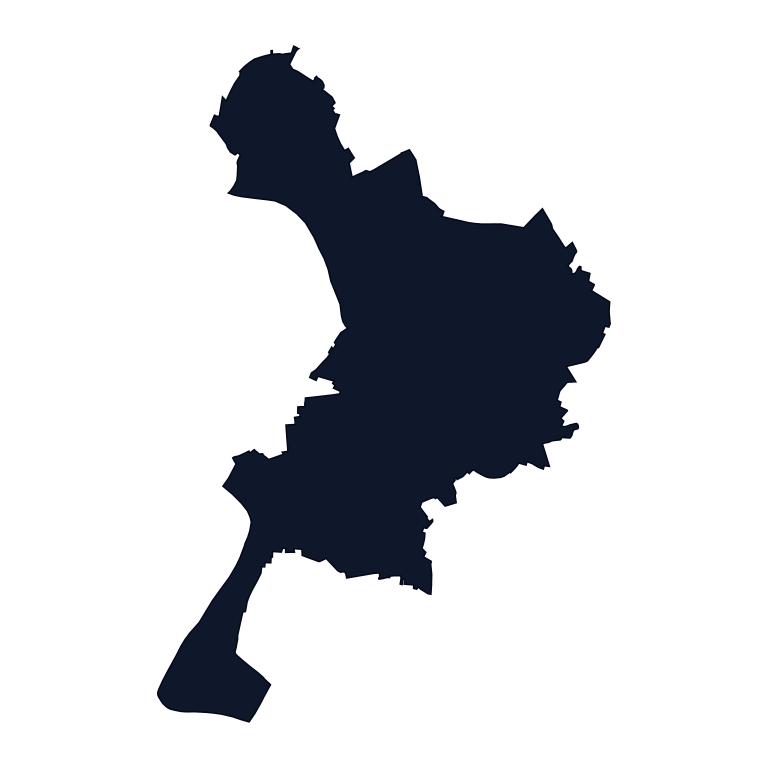 the district of Gia Lam, Ha Noi, Vietnam
{"feature_id": "81297802B60728672974675", "entity_name": "Gia Lam", "entity_type": "district", "adm_level": 2, "iso_a3": "VNM", "parent_name": "Vietnam", "parent_adm1": "Ha Noi", "projection": "albers", "projection_center": [105.948, 21.024], "detail": "fine", "context": "isolated", "style": "filled", "palette": "ink", "viewbox_px": 768, "rotation_deg": 0, "n_neighbors": 0, "source": "geoboundaries", "source_scale": "gbopen_adm2", "svg_char_len": 6080}
<svg xmlns="http://www.w3.org/2000/svg" viewBox="0 0 768 768"><path d="M228.3,193.0L234.6,195.2L241.8,196.6L255.8,198.4L266.5,199.6L275.0,200.8L286.0,205.5L297.0,213.9L305.5,222.8L314.2,237.5L319.0,248.4L324.2,258.5L328.2,269.3L330.9,281.2L340.1,304.1L341.5,315.7L342.8,321.3L345.4,325.9L347.7,328.1L340.9,332.6L336.0,339.8L334.5,342.4L335.9,344.7L333.1,349.1L331.7,347.1L328.7,352.3L329.2,353.3L329.6,354.5L327.0,358.0L322.6,362.4L316.4,369.4L315.5,370.2L312.0,372.5L311.4,373.0L309.7,377.5L316.1,380.4L317.9,376.3L334.2,381.1L332.6,383.4L335.0,385.4L333.5,388.2L340.2,391.2L339.9,393.9L332.3,395.0L309.6,397.6L305.4,398.0L305.4,399.1L305.2,401.2L304.8,403.5L304.9,406.7L300.3,406.7L297.8,407.0L297.8,413.2L299.9,413.7L300.0,416.6L294.5,417.4L294.9,419.7L295.2,422.8L295.0,424.5L286.0,425.0L286.6,434.1L287.9,451.3L282.2,452.2L283.5,454.3L269.3,459.3L268.5,459.4L265.9,457.2L264.5,456.3L263.3,455.0L262.6,453.8L258.7,454.0L258.3,453.1L255.3,450.7L254.2,449.6L250.0,453.0L248.9,451.1L245.8,452.7L238.9,455.9L234.4,456.9L232.7,457.8L234.0,460.6L236.1,463.9L228.6,478.2L222.9,486.2L232.4,494.1L241.5,503.3L247.6,511.1L250.3,517.5L251.3,522.2L249.9,530.5L247.9,537.1L245.2,543.2L244.5,545.8L239.8,558.3L236.1,565.9L229.3,577.5L220.9,588.9L212.3,600.9L199.3,622.4L189.8,633.1L184.8,639.9L181.0,646.2L176.5,655.1L167.4,671.7L162.3,681.5L159.0,688.9L158.0,691.5L157.8,693.3L157.8,694.5L158.6,696.9L162.1,702.5L164.0,704.6L166.7,707.1L170.0,709.0L174.8,710.2L180.8,711.4L186.5,711.8L194.9,711.7L206.3,712.3L213.4,713.0L221.4,714.1L232.6,716.7L241.1,719.6L249.1,721.9L255.1,713.0L261.5,701.6L263.6,697.3L270.5,684.7L264.6,679.2L262.9,677.1L258.1,672.9L249.9,666.5L243.1,660.9L236.2,654.8L235.1,653.0L235.1,651.5L236.1,647.4L237.6,639.3L237.6,635.4L242.8,612.0L245.4,611.6L247.1,601.9L247.8,600.0L247.8,599.7L248.8,597.4L249.1,596.3L252.1,590.1L257.4,580.4L261.0,573.0L261.6,566.8L264.7,566.9L265.1,562.6L270.8,562.8L271.1,557.1L272.4,557.1L272.6,551.5L281.4,552.1L282.5,548.3L285.8,548.5L285.6,552.4L291.5,552.2L294.5,552.3L293.8,548.8L294.5,548.7L301.9,549.3L302.2,555.4L318.3,561.4L319.7,561.5L326.1,558.4L337.9,570.9L340.9,572.3L342.2,571.8L342.9,571.8L344.7,572.1L345.8,573.7L346.7,578.0L374.1,573.3L379.1,572.9L380.0,576.7L378.9,577.6L378.8,578.5L379.0,579.2L384.1,578.3L385.9,577.7L387.9,577.5L389.6,577.6L389.8,576.5L390.3,576.1L394.5,575.7L398.6,575.7L400.4,575.8L401.0,577.4L401.1,578.1L400.2,584.1L402.1,584.6L403.3,578.9L405.2,579.2L404.2,584.2L413.6,584.9L413.6,588.4L416.6,589.2L417.8,587.8L418.9,587.3L420.4,589.0L428.0,593.7L430.9,594.3L431.5,584.7L431.5,581.8L431.7,574.5L430.7,564.3L431.3,561.4L423.6,556.9L425.8,552.4L422.9,549.4L422.0,548.3L423.3,544.0L424.2,540.2L424.6,537.5L424.9,533.1L422.0,532.4L423.6,527.8L426.8,528.3L431.5,523.1L432.7,521.4L432.5,519.5L429.1,521.6L426.6,517.7L427.3,516.9L420.1,507.3L421.7,502.2L430.7,498.4L434.4,497.4L435.3,498.6L437.3,497.4L445.1,506.1L456.2,502.7L455.2,495.8L455.9,492.6L454.9,489.6L452.5,483.5L455.1,480.2L454.9,478.1L456.3,477.4L457.1,479.5L462.4,476.8L463.4,476.0L467.2,471.9L469.3,473.6L470.2,472.5L472.6,470.2L473.9,470.0L476.9,472.1L483.7,475.8L486.8,477.1L489.8,477.8L494.5,478.0L500.8,477.3L504.2,476.1L510.0,472.0L510.6,472.7L515.3,467.9L517.6,465.0L518.6,463.0L526.1,465.1L526.9,461.7L532.0,463.5L538.4,467.3L543.3,469.1L544.3,465.7L549.4,466.4L542.4,443.7L544.8,443.0L549.0,442.2L551.4,440.9L556.5,440.2L560.2,439.9L561.3,438.8L561.6,437.7L562.1,437.5L569.6,438.0L570.6,437.6L570.8,436.9L571.8,435.5L572.6,432.4L573.0,431.3L573.8,430.0L575.5,429.2L577.4,429.0L578.0,428.5L578.4,427.5L578.1,425.5L577.8,424.7L577.2,423.9L576.3,423.5L575.0,423.7L569.4,425.1L568.6,425.5L566.1,426.4L564.6,426.6L561.3,426.2L563.8,421.1L560.7,418.3L567.4,410.8L567.4,410.5L567.0,410.1L560.3,407.1L560.0,406.7L559.9,406.0L560.9,402.1L557.5,400.5L557.3,400.2L557.3,399.6L559.5,391.9L560.0,390.7L567.3,382.2L575.8,381.8L566.2,366.5L584.1,362.2L585.8,361.7L587.5,360.8L593.2,353.7L597.6,347.1L598.5,347.5L604.9,334.4L602.4,333.5L604.9,326.2L608.9,327.1L610.2,323.7L609.9,321.3L609.2,313.4L609.1,310.3L609.7,301.9L591.5,290.7L594.2,285.1L594.2,284.6L589.1,281.6L588.7,281.2L588.6,280.7L589.9,273.4L581.1,270.7L580.9,269.8L581.0,267.0L580.5,266.6L579.5,266.4L579.0,266.9L578.3,267.8L577.3,269.5L576.7,271.1L575.9,272.3L575.2,273.0L573.3,273.9L572.3,273.9L571.8,273.7L571.7,270.5L571.2,269.2L570.4,268.2L568.1,266.6L568.6,264.9L569.2,264.0L571.9,261.2L572.3,260.7L572.8,258.6L574.8,254.2L576.6,251.7L576.0,249.7L572.3,242.5L565.6,248.2L564.0,246.3L558.1,237.1L552.6,229.1L551.4,224.1L542.4,208.7L541.1,210.1L535.0,216.0L523.8,227.8L501.0,224.0L481.5,224.1L474.4,223.5L468.6,222.7L445.1,217.3L441.5,216.6L442.1,216.4L443.8,211.4L439.8,209.2L438.6,208.3L434.8,203.8L428.6,199.2L426.9,197.7L422.2,196.5L419.3,177.3L415.8,159.9L409.8,150.4L409.4,149.9L409.2,149.8L403.2,152.4L401.3,153.0L401.3,153.7L374.1,169.8L370.0,171.8L369.8,171.8L366.0,170.6L361.7,172.8L352.1,177.2L349.1,162.5L350.1,162.1L354.3,157.9L351.2,153.2L348.3,148.4L344.5,150.6L340.3,143.5L337.1,136.4L334.5,128.6L334.7,127.8L339.4,114.9L336.1,113.9L335.3,114.3L332.6,110.3L332.7,109.8L334.1,108.5L331.6,106.1L335.0,102.8L332.2,97.4L331.4,96.6L322.0,89.2L322.4,88.7L323.7,88.0L323.9,86.7L324.0,85.6L323.8,84.8L322.8,82.6L322.6,81.9L320.9,80.1L318.5,78.3L318.0,78.2L317.4,77.7L316.6,76.4L315.2,77.6L314.8,78.1L314.7,79.2L313.8,80.6L313.1,81.3L308.1,78.2L297.7,71.5L292.1,69.0L292.1,68.3L289.5,64.3L295.4,52.3L296.8,50.2L298.5,48.7L297.8,48.7L297.5,48.5L297.2,47.8L293.7,46.1L291.5,53.1L284.6,54.0L282.7,54.4L279.3,53.8L272.4,54.2L272.3,50.6L271.0,50.7L271.0,54.6L268.7,54.9L263.2,56.3L254.5,59.1L249.9,62.2L244.6,66.4L239.6,71.5L240.2,72.1L240.0,75.7L238.5,77.8L234.6,83.5L230.9,90.6L226.1,100.9L222.5,96.9L220.2,110.8L219.4,115.8L218.8,116.2L217.8,116.4L216.1,116.0L214.5,115.2L210.3,125.2L210.7,126.2L212.9,127.6L216.8,131.0L218.3,133.2L226.2,143.8L227.8,148.0L230.5,152.1L235.0,154.9L237.8,152.6L240.4,155.1L239.7,156.3L237.6,160.9L237.2,163.2L237.8,166.0L237.3,176.0L236.8,180.4L234.3,185.5L230.4,191.1L228.3,193.0Z" fill="#0f172a" stroke="#020617" stroke-width="1.5"/></svg>